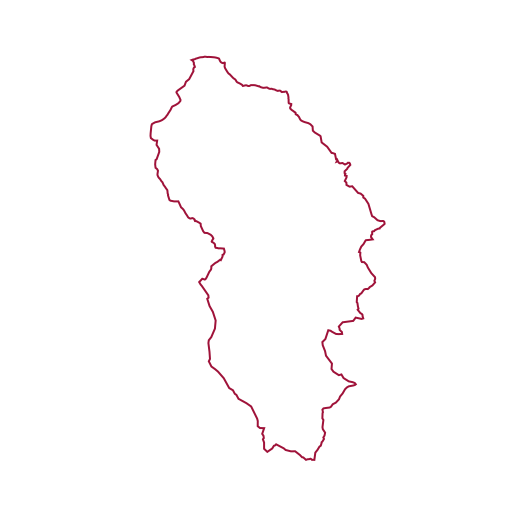 Almasu Mare, Alba, Romania, rotated 217°
{"feature_id": "2599482B35416338198834", "entity_name": "Almasu Mare", "entity_type": "district", "adm_level": 2, "iso_a3": "ROU", "parent_name": "Romania", "parent_adm1": "Alba", "projection": "equal_earth", "projection_center": [23.16, 46.088], "detail": "fine", "context": "isolated", "style": "outline", "palette": "rose", "viewbox_px": 512, "rotation_deg": 217, "n_neighbors": 0, "source": "geoboundaries", "source_scale": "gbopen_adm2", "svg_char_len": 6141}
<svg xmlns="http://www.w3.org/2000/svg" viewBox="0 0 512 512"><g transform="rotate(217 256 256)"><path d="M169.3,132.9L157.2,126.8L155.3,125.3L152.2,121.1L149.3,121.0L145.9,123.4L144.0,117.7L141.8,116.9L140.2,115.3L140.2,113.8L137.3,111.9L133.5,106.9L129.1,106.4L127.2,112.0L127.5,115.2L126.7,116.4L126.6,117.7L118.1,119.1L115.6,118.9L110.6,121.0L107.2,123.6L101.1,123.5L98.1,123.0L97.0,123.6L93.4,123.3L92.5,124.7L91.3,125.7L90.6,126.8L89.9,127.0L88.6,126.9L87.6,127.7L86.7,128.3L90.3,134.7L90.2,138.1L90.6,141.9L90.1,143.5L91.0,145.9L91.5,146.7L91.3,147.9L91.6,150.8L93.0,151.6L93.2,153.8L94.5,156.5L98.4,157.9L99.9,159.3L103.5,165.6L105.3,166.3L108.3,170.6L108.5,171.5L110.5,173.3L110.4,174.9L108.8,176.6L106.0,179.3L105.4,180.7L105.5,183.8L104.0,186.9L103.5,191.5L104.3,194.4L104.1,198.3L104.7,203.2L104.3,205.8L103.5,207.7L100.4,211.1L99.4,212.5L99.1,213.6L100.7,214.0L102.9,213.4L106.5,211.7L112.6,211.2L116.5,212.8L118.1,210.7L124.5,210.2L127.7,211.2L130.6,215.8L140.1,218.5L143.6,221.6L149.0,224.9L151.2,227.2L150.6,231.4L153.6,240.2L151.4,241.2L150.0,241.2L145.2,241.9L142.9,243.4L140.3,245.6L141.7,247.0L143.7,247.2L144.8,247.4L145.6,248.4L147.4,249.5L146.9,255.2L139.3,262.7L139.3,266.8L133.8,269.3L132.8,270.7L134.8,272.2L135.4,273.0L136.6,273.4L138.3,273.2L142.5,274.3L142.4,275.6L144.3,277.1L146.7,279.5L147.8,279.8L151.0,284.7L150.5,285.1L149.9,286.4L150.0,288.4L149.4,289.5L149.5,293.2L149.4,294.5L148.4,295.8L146.8,296.9L146.4,298.8L146.5,299.5L145.3,302.5L145.0,306.6L146.5,307.4L147.1,309.5L148.2,310.7L153.6,311.7L159.7,314.1L162.3,315.6L165.8,316.2L167.8,314.9L168.9,315.4L173.2,319.2L174.7,321.5L175.3,321.5L176.1,321.2L176.9,323.7L177.6,326.9L177.3,330.2L177.8,334.2L177.7,334.8L175.5,336.8L172.8,339.5L175.6,340.4L176.5,341.9L176.3,343.3L177.8,345.2L177.8,345.7L176.6,346.9L176.6,348.1L174.9,351.3L173.8,352.4L174.0,353.0L172.6,358.9L172.9,359.4L174.3,360.6L175.5,360.5L177.7,358.7L180.5,357.7L184.9,358.1L187.2,357.7L189.1,359.0L197.6,365.3L203.4,367.4L205.5,367.3L206.5,368.6L210.0,368.8L212.4,367.8L221.1,369.6L223.0,367.7L226.5,367.2L228.0,369.0L230.2,369.3L231.0,373.2L231.8,374.5L233.4,373.8L233.8,374.3L234.1,375.5L235.1,375.5L235.6,376.1L236.2,377.0L235.6,380.6L235.9,381.5L235.5,385.5L236.6,386.3L237.5,386.6L238.7,385.8L238.7,385.1L240.0,382.6L242.9,382.3L244.7,380.5L246.0,380.3L247.6,381.0L248.3,379.9L248.6,381.5L249.8,382.1L250.3,381.5L254.4,385.1L257.1,384.2L257.7,383.8L264.9,386.1L271.9,386.2L276.5,390.5L277.3,390.6L283.4,390.0L286.0,390.3L288.8,393.5L289.7,393.6L291.5,393.9L292.2,393.9L294.2,393.6L297.8,392.2L299.3,391.8L300.1,391.6L301.5,391.4L302.7,391.6L303.8,392.1L305.3,392.9L306.0,393.1L306.4,393.1L307.3,393.4L307.8,393.5L308.2,393.3L309.6,393.1L309.9,393.4L310.6,394.2L311.4,394.3L311.9,394.1L312.4,394.2L313.6,394.2L315.3,394.1L316.3,394.2L317.4,394.4L317.9,394.8L318.1,395.2L318.4,396.1L318.6,397.5L319.3,398.6L320.1,398.3L321.2,397.8L321.8,397.8L322.1,398.0L323.3,399.5L324.1,400.6L325.0,401.4L325.5,402.2L327.4,404.0L328.5,404.6L329.2,404.8L330.1,405.5L330.4,405.6L330.8,405.5L331.3,405.2L332.3,404.0L333.1,403.4L334.0,402.5L334.4,402.4L335.4,402.6L335.9,402.6L336.3,402.5L337.1,402.0L337.9,401.0L338.4,400.8L339.8,400.4L341.2,400.2L342.5,399.6L343.0,399.3L344.1,399.0L344.4,398.8L345.1,398.1L345.6,397.8L346.9,397.4L348.4,397.3L348.9,397.0L349.2,396.8L349.9,396.0L351.4,394.7L352.0,394.4L353.8,393.7L355.5,393.5L355.5,393.3L359.1,392.0L359.9,391.6L362.8,389.5L363.0,389.2L363.5,388.0L363.8,387.6L364.1,387.4L364.7,387.0L366.3,386.6L367.2,385.9L368.8,383.9L370.2,384.3L372.3,384.1L374.0,383.8L375.2,383.5L376.1,383.5L377.1,383.8L377.5,384.1L378.1,384.3L379.1,384.5L380.8,384.4L381.8,384.5L386.4,385.3L387.4,385.2L388.1,385.3L389.7,385.8L392.5,386.9L393.7,387.4L394.6,388.0L395.0,388.3L395.3,388.7L396.9,391.2L397.3,391.6L397.6,391.5L398.2,390.4L398.9,389.9L400.1,389.7L400.9,389.7L402.3,390.2L404.3,391.4L404.9,391.3L406.8,390.6L408.5,389.8L411.9,387.7L414.0,386.2L414.5,385.7L416.7,384.5L417.2,384.0L417.6,383.4L418.5,382.5L419.8,381.4L420.6,380.5L422.4,377.9L422.7,377.6L423.0,377.1L423.2,376.5L423.6,375.9L424.4,375.2L425.3,373.8L423.8,373.9L421.7,372.8L421.2,371.8L419.7,371.0L418.6,370.2L418.9,369.4L418.9,369.0L418.8,368.3L418.5,367.5L418.0,366.8L417.2,366.0L415.8,357.0L416.8,353.0L415.6,349.0L418.0,341.3L418.3,339.5L417.9,338.7L413.0,336.8L410.2,335.2L409.7,334.2L409.9,331.4L411.1,328.2L412.8,325.0L412.8,324.2L412.2,321.3L411.9,316.9L411.7,315.6L411.8,314.3L411.7,312.7L411.9,311.0L412.7,308.3L413.5,306.7L414.5,305.1L417.0,302.1L418.4,299.0L418.4,298.4L417.7,296.7L414.0,290.6L412.5,288.4L410.9,286.9L407.8,286.9L406.3,287.2L404.4,288.7L402.3,284.9L397.9,283.3L395.9,280.9L393.6,273.5L394.0,272.2L391.7,268.5L389.3,266.0L387.2,265.9L385.6,265.1L383.9,262.0L383.3,261.3L381.8,260.4L380.7,260.0L378.9,259.7L376.5,258.8L375.1,258.6L372.5,257.1L370.3,256.5L368.7,255.9L366.6,255.3L366.0,254.8L364.2,252.8L363.2,252.2L362.8,251.5L358.9,248.7L357.6,248.7L354.1,250.4L350.9,252.9L348.6,251.7L345.2,249.8L344.6,249.7L343.7,249.7L341.9,249.4L340.3,248.8L338.0,247.7L335.6,246.9L333.6,246.1L332.9,246.0L331.4,246.2L330.7,246.6L329.8,247.8L329.4,248.1L328.3,248.3L326.9,248.2L326.6,247.7L326.4,247.7L325.7,247.2L324.7,247.9L321.5,248.4L319.7,248.5L318.1,246.7L313.1,244.0L311.1,243.5L308.6,245.1L304.9,245.7L302.8,245.4L300.8,244.5L300.8,244.2L300.5,244.0L300.5,242.8L300.2,241.3L300.1,240.9L299.8,240.7L297.9,241.0L296.2,240.8L295.4,240.2L294.9,239.7L294.6,239.2L294.2,238.8L293.2,238.3L291.3,239.3L290.8,239.4L288.6,241.0L286.1,242.6L283.9,240.9L283.2,240.0L282.8,237.7L283.4,236.8L282.5,235.6L282.3,235.1L281.6,231.5L282.4,231.4L282.6,230.7L283.3,228.1L284.2,226.2L284.5,225.2L285.5,220.9L284.3,219.3L283.8,218.1L283.8,215.3L282.5,209.0L282.4,207.2L282.7,206.4L285.2,205.5L285.5,202.5L285.7,201.4L285.7,201.0L283.1,199.9L281.3,199.5L270.4,195.9L268.8,194.2L269.2,192.5L263.0,188.1L256.8,185.4L249.4,180.2L245.1,173.3L242.9,164.3L243.0,160.3L241.6,157.8L235.4,151.4L230.8,146.1L230.3,143.5L225.1,140.9L220.6,141.0L216.8,140.8L208.2,139.0L197.9,134.4L193.6,134.9L190.0,133.2L188.1,133.3L184.0,131.4L175.1,132.7L169.3,132.9Z" fill="none" stroke="#9f1239" stroke-width="2"/></g></svg>